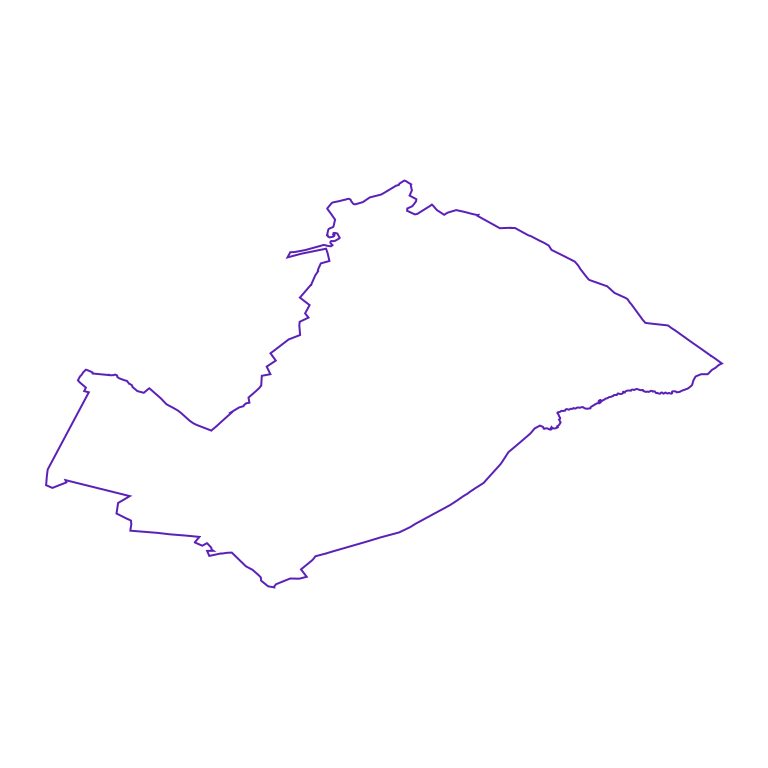 Saunas pag., Preilu, Latvia
{"feature_id": "27541924B85547198118139", "entity_name": "Saunas pag.", "entity_type": "district", "adm_level": 2, "iso_a3": "LVA", "parent_name": "Latvia", "parent_adm1": "Preilu", "projection": "equal_earth", "projection_center": [26.635, 56.393], "detail": "fine", "context": "isolated", "style": "outline", "palette": "violet", "viewbox_px": 768, "rotation_deg": 0, "n_neighbors": 0, "source": "geoboundaries", "source_scale": "gbopen_adm2", "svg_char_len": 6094}
<svg xmlns="http://www.w3.org/2000/svg" viewBox="0 0 768 768"><path d="M130.4,530.7L157.8,532.9L169.7,534.3L186.0,535.6L199.4,536.9L194.8,542.3L194.9,542.5L202.3,545.7L206.9,543.2L207.2,543.3L211.3,547.7L211.6,549.6L213.4,550.8L207.1,550.9L209.3,555.9L221.1,553.4L221.5,553.6L222.6,553.5L226.9,552.8L231.8,552.6L245.9,566.3L252.5,569.8L259.0,575.5L260.8,577.4L261.1,580.5L261.3,580.8L268.1,586.3L274.3,587.4L274.2,586.5L276.1,584.2L290.2,578.5L299.3,578.7L306.7,576.8L301.0,569.4L312.0,560.4L313.8,558.5L315.3,556.3L325.5,553.6L326.1,553.6L326.2,553.4L333.5,551.2L366.4,541.7L380.9,537.3L399.2,532.4L410.2,527.1L415.3,523.9L450.0,505.1L456.8,500.7L463.4,496.1L467.6,493.6L469.8,491.9L475.3,488.2L483.7,482.9L486.2,480.0L500.5,464.2L502.0,462.1L508.4,452.2L519.1,443.2L530.5,433.4L534.6,428.5L539.9,425.6L542.9,426.9L543.3,427.3L543.6,428.5L543.8,428.7L544.3,428.8L545.8,428.3L547.3,428.4L548.0,428.7L549.1,429.3L550.2,429.6L550.8,429.6L551.2,429.3L550.4,428.8L551.5,427.1L551.7,427.4L553.0,428.3L554.4,428.5L555.1,428.4L557.6,427.5L557.8,427.3L557.2,426.6L557.1,426.4L558.6,425.4L559.3,424.6L560.4,422.8L560.6,422.2L560.1,421.7L559.2,419.8L559.4,419.8L560.0,418.7L560.2,418.0L559.1,416.3L558.6,414.7L557.4,413.0L557.5,412.6L557.7,412.4L560.1,411.8L561.3,410.9L561.9,410.8L562.8,411.0L565.2,410.6L565.4,409.8L566.2,409.2L566.9,409.1L569.0,409.7L570.7,408.8L572.2,408.9L573.2,408.4L573.4,408.1L575.0,408.6L575.7,408.5L576.7,407.7L577.4,407.6L578.2,407.5L579.7,407.8L581.2,407.2L582.1,407.3L582.9,407.1L583.5,407.4L584.4,408.2L586.1,408.7L587.0,408.6L587.9,408.7L589.6,408.4L590.4,408.3L590.4,407.7L591.0,406.8L592.6,406.0L593.0,405.6L594.3,405.0L595.1,404.3L597.4,403.2L599.3,403.2L600.6,402.5L600.7,402.3L600.5,401.9L600.2,401.8L599.3,402.0L598.9,401.8L598.7,401.5L598.6,401.3L599.0,400.7L600.2,400.0L600.5,400.0L600.7,400.5L601.6,401.0L602.0,401.0L603.3,400.0L604.6,399.5L605.4,398.7L607.5,398.2L608.9,397.2L611.4,396.7L612.5,396.1L613.4,395.8L613.8,395.2L614.3,395.0L616.5,395.0L617.2,394.7L617.4,394.4L617.4,393.9L617.6,393.6L618.0,393.5L618.5,393.5L620.0,394.0L621.5,393.9L622.5,393.5L622.8,393.2L622.9,392.9L623.1,391.9L623.5,391.8L624.1,392.6L624.7,392.6L625.5,391.4L626.2,391.0L627.5,390.6L629.0,390.5L630.9,390.7L631.3,390.0L631.8,389.7L632.6,389.6L634.2,390.0L635.5,389.3L636.6,389.0L637.7,389.2L640.1,390.1L641.0,390.1L642.8,390.0L643.0,390.2L643.2,390.9L643.5,391.2L644.4,391.3L645.8,391.9L646.2,391.9L647.4,391.6L648.8,391.9L650.8,390.9L651.5,390.8L652.0,390.9L652.8,391.6L653.9,391.3L654.7,391.4L655.9,392.9L656.2,393.1L657.3,392.9L658.5,393.5L659.9,393.7L660.4,393.5L660.9,392.8L661.6,392.5L662.2,392.6L663.3,393.6L663.8,393.6L665.0,392.7L665.7,392.6L666.0,392.7L666.4,393.2L667.3,393.4L667.7,393.5L668.8,393.0L669.3,393.0L670.4,393.5L671.6,393.6L672.0,393.3L672.0,392.0L672.1,391.7L672.5,391.4L673.1,391.3L675.6,391.4L676.0,391.6L676.7,392.3L677.0,392.3L679.4,391.9L680.1,391.7L681.4,390.9L687.7,388.6L689.0,387.7L691.9,385.3L692.2,384.6L693.4,380.4L695.4,376.8L695.7,376.5L696.2,376.2L700.9,374.3L701.9,374.2L707.7,374.2L709.5,372.4L711.8,370.0L715.5,367.8L718.4,365.3L719.5,364.6L721.9,363.5L714.9,358.4L711.1,355.8L710.8,355.9L710.6,355.5L690.9,341.7L674.7,330.1L671.1,327.8L668.3,325.6L666.8,325.3L650.2,323.5L646.1,323.0L645.3,322.8L642.7,319.8L631.3,304.2L630.0,302.8L627.5,299.1L625.3,297.8L614.6,293.0L607.2,286.3L589.4,280.0L588.6,279.4L586.8,277.3L580.5,269.2L578.2,265.5L574.8,261.6L563.2,255.7L551.5,249.9L548.7,245.5L544.2,242.9L540.0,240.9L530.4,235.9L528.5,235.4L515.0,228.0L510.5,228.0L510.5,227.8L499.8,228.2L477.6,215.9L478.2,215.0L477.6,215.1L472.4,214.0L464.5,211.9L456.2,210.1L447.5,212.7L444.2,214.8L436.8,210.0L433.2,205.8L431.9,204.6L430.1,205.9L417.3,213.9L414.9,214.4L407.1,210.8L407.3,208.5L412.3,206.2L414.1,204.0L416.0,201.3L416.4,199.5L416.2,199.1L409.6,195.6L411.9,190.3L410.8,185.5L410.8,185.0L411.2,184.4L410.1,183.6L409.1,183.2L405.9,181.1L404.2,180.6L399.3,183.7L399.1,184.7L397.7,185.3L396.2,185.6L382.7,193.7L381.0,194.6L369.8,197.4L362.9,202.1L355.3,204.3L354.0,204.2L353.6,204.0L352.9,203.4L350.9,200.7L350.7,199.9L349.8,199.1L348.5,198.8L347.3,199.0L345.4,199.7L344.3,199.8L339.4,201.1L333.0,202.4L332.2,202.8L331.5,203.3L329.9,205.2L327.3,208.4L327.3,208.8L331.8,214.9L333.1,216.9L334.2,218.3L334.5,218.9L335.1,219.5L333.6,226.1L333.3,226.7L333.1,227.0L332.7,227.2L330.4,228.1L328.8,228.9L328.3,229.7L327.0,235.2L327.7,235.2L328.0,236.5L329.3,237.3L330.0,237.4L331.1,237.0L332.9,236.8L334.1,236.0L334.2,235.3L334.4,235.1L334.1,234.9L333.3,234.8L333.1,234.5L334.1,233.8L333.6,233.4L333.6,233.0L334.2,232.9L335.2,233.0L337.0,233.4L337.5,233.7L338.9,236.5L339.5,237.3L339.7,237.9L339.3,238.3L338.5,238.9L335.1,240.8L333.2,241.2L331.4,241.0L330.8,241.3L330.5,241.7L330.4,242.9L331.7,244.5L332.3,244.8L332.5,245.2L330.9,246.3L327.9,245.9L323.7,244.9L320.4,245.9L305.1,250.1L294.3,252.1L290.3,252.2L287.5,257.4L301.4,253.7L326.1,248.7L327.7,253.5L329.4,261.0L320.8,263.4L318.1,269.4L317.8,271.0L318.1,271.2L315.3,275.3L311.5,283.9L311.3,284.7L311.1,284.6L299.9,297.6L309.6,305.1L305.1,313.4L308.5,317.6L299.7,321.8L299.3,325.2L300.1,335.0L288.7,339.4L270.5,353.3L275.8,360.6L266.7,366.6L270.4,374.2L261.8,375.8L261.2,385.8L260.4,386.4L259.6,387.7L256.4,390.7L248.5,397.6L249.4,402.7L246.2,403.3L244.1,405.0L243.5,406.2L239.2,407.4L230.6,412.6L231.4,412.8L222.4,420.8L216.4,426.3L211.8,430.1L211.4,430.6L197.1,425.1L193.9,423.6L191.7,422.2L189.4,420.5L181.3,413.2L177.7,410.4L172.0,407.2L167.4,404.8L166.2,404.0L161.0,398.5L149.4,388.3L148.7,388.7L143.8,392.8L137.4,391.1L132.4,386.9L132.1,385.4L129.8,383.9L129.3,383.9L126.9,380.9L124.0,380.1L119.0,378.2L117.3,376.9L117.1,375.5L115.5,374.7L114.8,374.6L113.9,375.1L110.7,375.3L109.4,374.9L109.4,375.1L92.6,373.5L92.5,372.5L90.6,371.5L87.7,370.3L85.9,369.7L83.3,372.2L82.8,372.8L82.4,373.7L81.2,375.3L80.1,376.3L77.9,380.3L80.1,382.7L85.9,387.6L84.2,391.1L88.8,392.3L47.7,469.5L46.9,475.6L46.1,485.2L52.4,487.9L66.4,482.4L65.4,480.1L129.8,496.1L118.1,503.0L116.5,513.5L127.4,519.0L127.5,518.9L131.0,520.6L131.3,524.4L130.5,529.2L130.4,530.7Z" fill="none" stroke="#5b21b6" stroke-width="2"/></svg>